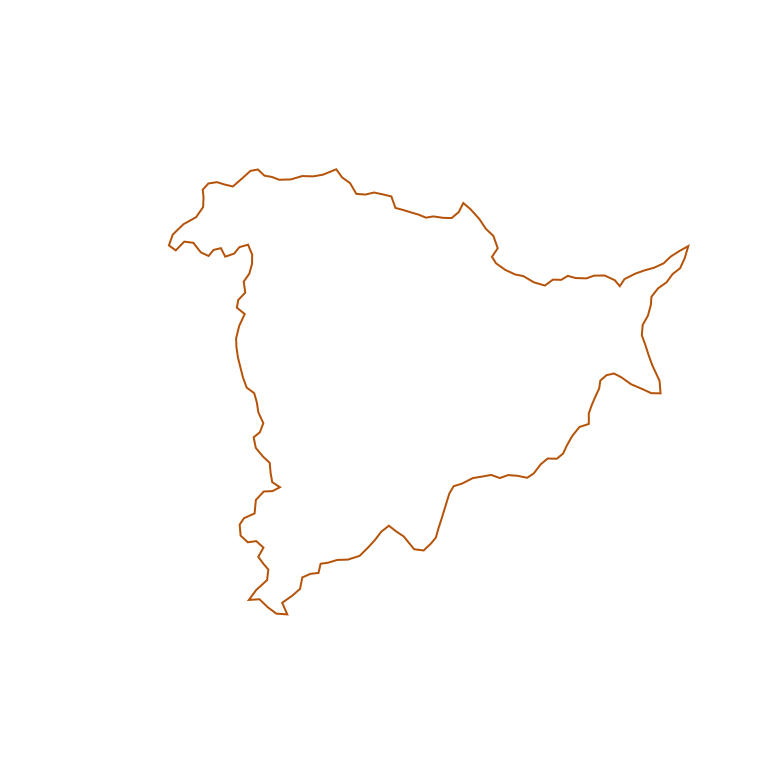 Florestal, Minas Gerais, Brazil, rotated 205°
{"feature_id": "56859067B66859822929128", "entity_name": "Florestal", "entity_type": "district", "adm_level": 2, "iso_a3": "BRA", "parent_name": "Brazil", "parent_adm1": "Minas Gerais", "projection": "albers", "projection_center": [-44.443, -19.858], "detail": "fine", "context": "isolated", "style": "outline", "palette": "amber", "viewbox_px": 768, "rotation_deg": 205, "n_neighbors": 0, "source": "geoboundaries", "source_scale": "gbopen_adm2", "svg_char_len": 2530}
<svg xmlns="http://www.w3.org/2000/svg" viewBox="0 0 768 768"><g transform="rotate(205 384 384)"><path d="M374.3,134.3L383.8,142.7L377.8,153.2L373.5,162.8L376.3,174.2L370.4,180.9L363.5,185.1L365.5,194.3L359.3,198.3L352.0,204.8L342.5,209.6L333.5,217.9L329.5,228.6L326.4,238.3L324.0,249.1L319.7,257.6L310.5,255.5L301.8,254.2L295.0,250.9L286.8,247.0L277.7,249.9L274.0,259.3L272.1,266.8L273.7,276.5L274.9,286.5L276.8,300.1L278.5,312.2L277.7,320.8L271.2,326.7L263.8,336.2L255.2,342.1L248.4,346.9L239.3,347.7L233.0,353.9L224.3,357.2L214.6,359.5L210.5,366.2L208.0,377.5L204.2,385.6L195.8,389.3L192.3,396.6L192.3,405.7L191.4,416.6L188.7,427.6L181.5,434.4L186.0,444.0L186.8,452.8L187.1,462.2L187.1,470.8L189.4,478.6L186.0,486.1L180.0,490.7L171.7,490.4L160.1,488.2L147.5,488.6L138.0,488.6L129.4,492.4L135.6,503.3L148.7,514.3L156.3,521.9L163.4,529.6L170.9,537.1L174.5,546.8L173.7,557.6L175.6,568.6L178.5,576.1L176.0,586.6L170.9,595.5L168.9,605.6L164.6,614.0L164.6,624.7L166.5,637.6L172.5,629.3L178.0,620.7L181.6,611.5L188.4,603.5L196.2,596.8L203.0,590.1L210.4,580.7L211.6,572.3L218.7,575.6L229.8,575.6L239.4,571.0L245.2,565.3L255.1,561.0L263.1,559.7L267.4,553.3L275.0,550.0L279.8,541.2L291.2,539.5L303.3,540.7L311.4,538.7L322.5,538.7L333.4,540.7L339.9,544.9L338.3,555.1L347.4,564.4L357.3,567.7L367.5,573.9L379.5,579.0L388.6,581.5L388.9,571.5L392.8,563.0L400.3,559.7L410.2,556.7L416.2,552.5L424.5,552.1L432.9,550.8L441.0,549.7L448.0,548.4L456.6,557.1L464.1,555.6L474.0,553.3L480.8,547.9L489.4,544.6L499.6,551.7L509.2,553.5L518.0,558.4L527.8,547.9L536.0,542.2L546.0,537.9L555.1,529.9L565.3,524.8L573.0,524.3L580.4,522.3L589.0,525.1L595.1,520.7L599.8,509.6L604.5,499.1L613.0,497.4L620.8,496.3L627.9,491.5L630.4,483.5L626.4,476.8L622.7,467.9L624.8,455.8L633.2,444.2L638.6,430.2L637.5,418.7L629.2,417.1L625.2,428.6L616.5,431.4L605.7,425.9L597.1,425.9L595.1,433.5L589.2,438.2L581.7,432.3L574.9,438.9L572.9,446.9L566.1,452.8L558.2,445.6L554.4,437.2L552.7,427.1L554.4,417.5L548.4,408.2L551.6,398.5L549.6,391.0L539.8,388.5L539.8,375.4L537.3,362.8L533.4,355.2L527.9,346.7L521.1,338.3L514.3,330.0L506.9,322.7L497.7,320.8L491.5,313.6L485.9,305.2L476.8,297.5L476.1,287.8L479.6,280.6L473.2,271.9L463.0,267.1L454.2,264.2L449.1,255.3L443.8,247.8L434.7,246.5L439.7,239.9L447.6,235.7L451.1,224.7L446.6,212.0L454.2,203.2L455.4,195.6L449.9,186.0L440.5,183.0L433.4,187.6L424.1,184.8L424.9,174.2L417.3,170.1L410.4,166.9L407.1,156.9L412.7,143.5L415.2,131.2L405.9,136.3L394.8,132.5L384.5,130.4L374.3,134.3Z" fill="none" stroke="#b45309" stroke-width="2"/></g></svg>